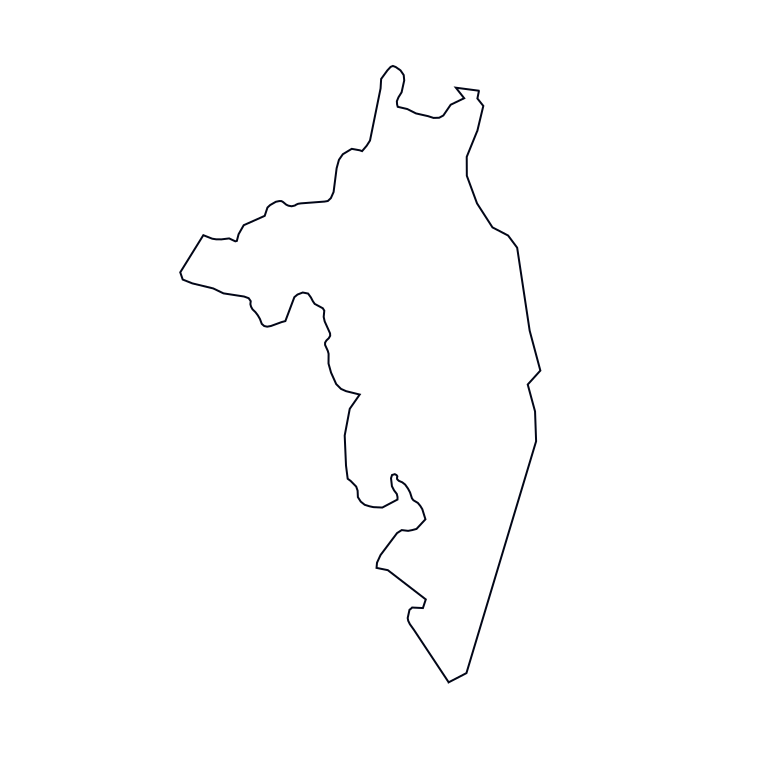 the border of Thurgau, rotated 75°
{"feature_id": "CHE-174", "entity_name": "Thurgau", "entity_type": "Canton", "adm_level": 1, "iso_a3": "CHE", "parent_name": "Switzerland", "parent_adm1": "", "projection": "orthographic", "projection_center": [9.06, 47.531], "detail": "fine", "context": "isolated", "style": "outline", "palette": "ink", "viewbox_px": 768, "rotation_deg": 75, "n_neighbors": 0, "source": "natural_earth", "source_scale": "10m", "svg_char_len": 2304}
<svg xmlns="http://www.w3.org/2000/svg" viewBox="0 0 768 768"><g transform="rotate(75 384 384)"><path d="M163.8,228.4L164.3,228.9L186.0,245.3L204.3,250.1L233.6,247.4L260.8,238.7L272.7,225.7L286.8,220.1L370.2,229.5L411.5,229.5L421.7,245.3L449.6,245.2L478.7,251.9L684.6,379.2L688.9,398.8L688.7,398.8L629.3,418.7L622.6,421.2L619.0,421.9L616.2,421.7L608.7,417.8L608.0,416.1L607.2,414.7L610.5,404.4L602.9,399.4L564.8,428.5L559.7,438.8L554.8,437.0L548.3,431.6L531.4,410.0L529.7,404.7L532.1,398.7L532.4,394.6L532.4,390.1L525.4,379.0L514.8,379.4L511.1,380.5L507.6,382.1L503.9,385.7L501.7,386.6L495.5,386.9L491.2,387.9L486.6,389.6L483.7,391.8L481.4,394.7L479.5,395.9L478.2,395.8L476.6,395.0L475.2,395.5L473.9,396.9L474.0,399.8L476.8,401.6L484.8,402.8L489.4,401.8L493.5,400.1L496.7,400.2L499.1,400.9L502.9,417.6L500.2,426.1L498.4,429.6L495.7,433.9L491.6,436.9L486.5,438.5L480.2,437.1L475.9,437.4L469.0,441.3L466.1,443.6L452.9,441.8L423.6,435.3L399.1,423.5L387.9,410.2L381.1,422.5L377.6,426.8L371.7,430.2L359.3,432.2L349.9,432.3L340.5,429.7L337.6,429.7L331.0,430.8L328.8,430.2L327.0,428.3L325.5,425.5L323.5,423.5L321.1,423.0L308.2,425.1L303.6,424.9L297.7,422.7L295.0,423.5L288.7,430.2L285.6,431.3L281.5,432.2L277.0,433.9L274.6,438.8L275.2,444.4L276.9,448.1L297.7,463.0L297.7,466.9L298.7,478.2L298.4,482.0L297.0,484.7L294.3,486.5L289.1,487.0L285.0,488.1L281.3,489.6L277.8,491.7L274.9,492.4L272.3,492.4L269.5,491.3L266.1,492.5L263.3,496.5L254.9,515.6L247.5,524.2L237.2,543.1L231.0,551.4L223.4,551.9L193.5,520.0L199.2,512.3L200.8,508.7L202.2,503.7L203.3,495.9L207.7,490.7L207.7,489.1L201.7,485.7L194.3,478.4L190.7,455.7L183.4,450.9L181.7,447.7L180.0,441.3L180.2,437.7L180.8,435.7L182.1,434.4L185.5,432.0L187.0,430.2L188.4,427.3L188.5,425.2L188.5,423.8L188.0,422.3L187.7,420.3L188.0,417.6L192.4,394.2L192.7,390.9L190.7,387.2L185.5,383.0L163.3,373.9L155.8,369.5L151.4,364.3L148.5,354.3L152.0,346.9L153.4,344.9L149.4,339.1L145.2,334.5L97.6,310.8L88.6,307.8L81.9,299.5L79.4,295.5L79.1,293.1L80.8,290.7L85.3,286.9L90.7,285.0L96.0,285.9L106.8,291.5L110.8,295.8L114.2,298.4L117.3,299.0L119.8,299.0L124.4,290.4L130.9,283.1L136.7,272.1L139.8,267.3L141.1,261.8L140.0,257.2L131.5,247.3L128.7,232.6L116.4,237.9L125.2,216.6L125.8,216.6L132.4,219.9L141.1,216.1L163.8,228.4Z" fill="none" stroke="#020617" stroke-width="2"/></g></svg>